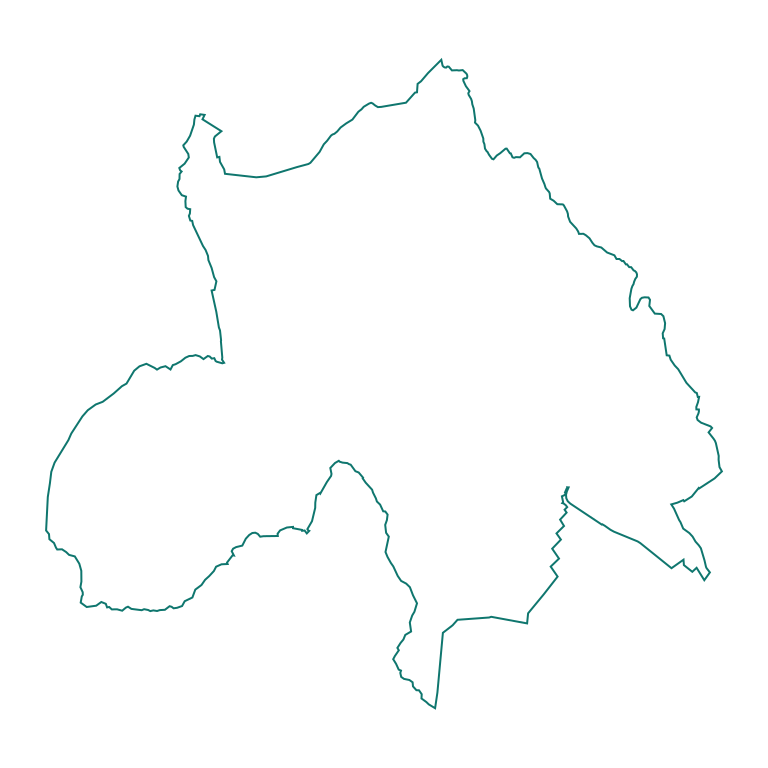 outline of Chocamán, Veracruz, Mexico
{"feature_id": "50627088B3322370739552", "entity_name": "Chocamán", "entity_type": "district", "adm_level": 2, "iso_a3": "MEX", "parent_name": "Mexico", "parent_adm1": "Veracruz", "projection": "equal_earth", "projection_center": [-97.034, 19.0], "detail": "fine", "context": "isolated", "style": "outline", "palette": "teal", "viewbox_px": 768, "rotation_deg": 0, "n_neighbors": 0, "source": "geoboundaries", "source_scale": "gbopen_adm2", "svg_char_len": 6070}
<svg xmlns="http://www.w3.org/2000/svg" viewBox="0 0 768 768"><path d="M435.1,708.2L437.4,692.6L442.9,632.8L452.6,625.3L457.5,619.8L489.2,617.5L491.2,616.8L527.1,623.4L528.1,613.3L543.7,594.4L557.6,576.6L550.7,566.6L559.0,558.6L552.2,548.7L560.9,539.6L556.5,533.4L564.0,526.0L560.1,519.6L566.6,512.6L564.6,509.7L567.2,507.1L565.8,505.2L563.5,503.4L562.3,503.1L563.1,502.0L561.9,496.3L564.2,495.3L566.1,493.2L565.0,492.4L566.7,488.5L567.3,488.0L567.2,487.3L568.6,487.4L566.8,491.6L566.0,494.8L566.3,498.3L567.8,501.3L570.3,503.6L601.8,524.6L602.3,524.3L604.7,525.7L610.5,529.8L614.0,531.7L637.6,541.4L640.3,543.1L671.5,568.2L683.5,559.7L683.9,565.1L692.3,571.8L696.6,567.8L704.3,580.2L709.9,572.4L706.6,568.2L706.0,566.9L704.5,560.4L700.9,548.3L698.8,545.3L695.5,541.6L692.6,536.6L689.4,533.1L683.2,528.6L680.5,522.2L679.1,520.0L674.0,508.6L671.3,504.4L677.3,502.7L683.3,500.1L684.2,501.3L691.8,496.5L698.7,488.0L699.1,488.5L714.6,478.4L721.9,471.4L719.5,467.1L718.6,459.8L718.7,455.9L715.9,443.2L715.0,440.9L713.7,438.9L708.6,432.4L712.1,428.0L710.6,426.4L701.1,422.7L697.6,420.0L696.7,417.4L698.4,413.5L698.9,411.6L698.9,409.5L696.4,409.4L696.3,407.0L698.0,402.2L699.1,396.9L697.8,397.0L696.8,393.0L695.2,392.4L686.4,382.8L678.2,369.2L674.7,365.5L670.7,359.7L669.4,355.6L666.7,355.3L664.2,338.5L663.1,338.3L662.7,333.3L664.6,329.1L665.1,323.2L663.4,316.2L661.1,314.0L654.8,313.6L649.3,306.0L650.0,299.8L648.5,297.5L644.5,297.3L641.9,297.8L640.4,299.1L636.4,307.6L633.0,310.3L631.5,309.7L630.0,306.3L629.7,298.2L631.4,288.8L632.4,286.0L633.5,284.2L634.1,281.8L635.3,278.9L636.9,276.7L637.0,274.3L636.3,272.4L634.8,270.9L633.6,270.4L631.2,267.2L629.2,267.1L627.0,264.3L625.9,264.4L623.5,261.0L622.1,261.1L619.5,259.0L616.5,259.0L614.4,255.3L607.1,252.5L601.3,247.5L596.9,246.4L594.5,245.3L592.4,242.8L589.5,238.3L585.8,235.2L583.4,233.8L579.0,233.9L578.2,231.6L576.3,228.5L570.1,221.8L568.1,216.5L567.9,214.0L567.1,211.4L563.8,205.3L562.8,204.4L557.3,204.2L553.6,200.7L550.2,198.7L549.7,193.4L549.1,192.0L545.9,188.4L545.3,186.9L544.4,184.0L542.0,178.5L539.3,168.7L538.4,167.6L537.9,165.7L537.1,162.0L535.6,159.8L533.7,158.1L530.5,154.0L527.5,153.1L524.3,153.3L520.0,157.3L516.0,157.1L514.1,157.8L512.5,157.3L510.8,153.4L509.9,153.3L506.7,148.6L505.5,148.7L500.2,153.2L496.8,155.5L493.5,159.3L492.0,158.8L489.0,154.7L487.5,151.9L486.7,151.3L485.0,148.6L484.4,144.1L483.4,141.7L483.3,138.5L480.6,130.7L478.0,125.6L475.0,122.6L475.3,120.2L473.7,108.5L472.3,104.3L471.9,101.3L471.1,98.9L468.7,94.9L468.3,93.2L469.5,91.1L465.9,86.2L463.4,80.9L463.2,79.2L464.5,78.3L466.8,78.2L467.3,76.8L467.2,75.2L466.5,73.7L462.7,70.1L458.9,70.5L457.0,70.2L451.9,70.4L448.8,66.7L447.3,66.5L446.1,67.6L444.6,67.4L443.5,66.7L442.6,65.7L441.3,59.8L428.0,73.1L421.1,81.2L417.6,83.9L417.0,92.3L415.0,92.6L406.0,102.7L381.2,106.9L377.9,107.1L375.2,105.5L372.6,103.4L371.1,102.8L369.0,103.6L363.7,106.8L361.6,109.2L358.4,111.7L352.4,119.6L346.2,123.4L340.6,127.5L337.2,131.5L334.4,133.8L332.5,134.5L331.0,135.6L327.1,140.8L323.8,144.3L319.6,151.9L310.4,162.8L308.4,164.0L296.9,167.1L266.2,176.4L256.3,177.3L225.0,173.8L224.2,169.4L220.0,161.9L219.4,156.9L217.2,157.4L214.1,142.4L213.9,138.7L214.9,136.5L221.4,131.2L202.5,119.3L204.6,114.9L200.2,114.3L199.5,116.2L195.5,115.7L194.4,119.5L193.9,124.6L190.1,135.7L186.7,141.6L183.3,145.3L183.7,146.9L188.3,154.0L188.8,157.5L184.6,163.7L179.3,168.0L180.2,170.4L181.6,171.5L179.6,174.0L179.5,179.0L178.1,181.6L177.4,186.5L178.5,190.5L181.8,195.2L186.0,196.6L185.4,201.1L185.7,207.1L187.5,208.7L190.2,209.2L189.9,213.5L188.9,215.9L190.3,220.5L192.2,220.9L193.1,225.1L203.0,246.0L205.6,250.0L208.0,255.9L208.4,260.1L211.6,267.9L214.1,277.1L216.4,281.3L214.5,289.9L211.6,290.5L216.3,311.8L218.9,327.5L220.0,330.4L221.1,340.4L220.9,341.2L222.3,357.6L222.0,359.6L224.1,362.8L222.3,363.3L216.7,361.7L215.6,361.0L214.3,358.2L211.8,358.6L209.7,356.5L207.8,356.0L203.5,359.1L199.8,356.4L195.6,355.1L192.7,355.9L189.2,356.0L185.4,357.7L180.9,361.3L175.6,364.2L172.8,365.1L170.5,369.5L165.5,366.2L160.5,367.5L157.0,369.6L154.6,367.9L146.4,363.8L139.5,366.3L134.2,370.7L126.5,383.6L121.9,386.2L113.7,393.5L102.7,401.8L95.7,404.5L87.8,410.2L82.4,416.4L71.3,433.5L68.4,440.1L54.6,462.6L51.3,471.8L49.9,483.4L47.8,497.0L46.1,530.5L49.0,534.1L49.4,539.2L54.0,543.0L56.0,547.7L57.2,549.5L62.0,549.3L66.2,552.1L69.1,554.9L74.8,556.4L79.3,563.7L81.3,570.8L81.4,581.6L80.4,587.2L82.7,592.2L82.8,594.8L81.8,596.4L80.7,602.6L86.7,607.0L96.2,605.7L101.3,602.0L105.8,603.8L107.1,607.4L109.2,607.0L111.8,609.4L117.0,609.3L122.2,610.7L125.9,607.6L128.0,606.7L131.4,608.9L141.7,610.2L144.1,609.2L148.2,610.0L150.3,611.1L153.3,610.4L157.1,611.0L159.8,610.1L164.9,609.8L169.6,606.2L171.6,606.8L173.6,608.3L177.1,607.8L182.1,606.0L184.7,601.2L192.4,597.5L195.3,589.6L201.5,585.0L205.1,579.8L209.1,576.2L213.9,571.0L216.1,566.7L221.5,564.3L227.6,564.0L227.0,562.6L232.6,555.3L233.9,555.5L231.7,551.2L233.1,548.7L236.1,547.1L242.3,545.6L245.8,538.7L249.2,535.0L252.3,533.0L255.3,532.7L257.8,533.9L260.2,536.7L263.5,536.2L277.8,536.0L277.6,533.7L280.1,530.4L286.9,527.5L293.0,526.9L293.0,528.2L302.0,529.9L302.1,530.8L304.6,530.5L306.8,533.4L309.2,530.9L308.3,530.5L307.4,529.1L312.0,521.2L315.2,507.9L315.3,502.6L316.4,495.1L319.9,493.0L320.3,493.6L326.9,482.0L331.1,475.9L331.5,473.9L330.3,468.0L335.0,463.0L338.8,460.8L339.7,461.7L342.5,462.6L347.4,463.1L348.9,464.1L350.7,464.7L355.4,471.2L358.7,472.5L363.1,477.7L362.7,478.4L365.7,482.7L372.1,489.7L373.0,492.6L375.9,498.4L376.9,501.5L380.1,504.6L383.2,511.3L385.3,511.5L387.6,514.6L386.9,520.1L385.2,524.9L386.1,532.8L388.8,536.6L385.5,552.0L387.5,556.9L390.9,563.0L393.3,566.4L397.7,575.9L401.1,580.9L406.2,583.6L409.9,587.2L413.0,595.3L417.0,603.3L414.4,611.8L412.2,615.5L409.8,622.5L411.1,631.5L405.3,634.9L403.4,639.5L400.6,642.9L397.4,647.9L398.8,650.3L394.9,656.0L393.2,659.2L396.1,663.9L398.7,669.6L401.0,670.6L400.3,672.9L401.2,676.9L404.0,678.9L409.4,680.0L412.6,682.3L413.0,686.4L416.4,690.2L419.0,690.3L421.7,694.2L421.5,698.5L426.3,702.0L428.8,704.4L435.1,708.2Z" fill="none" stroke="#0f766e" stroke-width="2"/></svg>